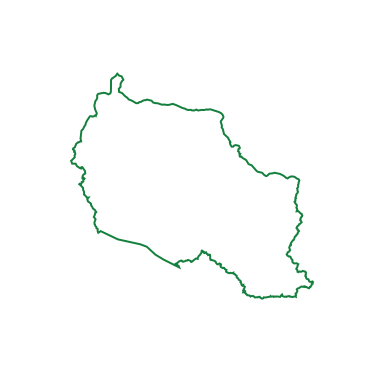 outline of Kaleum, Xékong, Laos, rotated 65°
{"feature_id": "54806243B53165803906009", "entity_name": "Kaleum", "entity_type": "district", "adm_level": 2, "iso_a3": "LAO", "parent_name": "Laos", "parent_adm1": "Xékong", "projection": "albers", "projection_center": [107.195, 15.875], "detail": "fine", "context": "isolated", "style": "outline", "palette": "green", "viewbox_px": 384, "rotation_deg": 65, "n_neighbors": 0, "source": "geoboundaries", "source_scale": "gbopen_adm2", "svg_char_len": 6069}
<svg xmlns="http://www.w3.org/2000/svg" viewBox="0 0 384 384"><g transform="rotate(65 192 192)"><path d="M254.9,235.5L253.2,235.4L251.5,236.6L251.0,236.2L250.2,236.8L250.0,234.8L249.5,233.3L249.5,230.9L249.9,230.3L250.5,230.4L251.4,229.6L251.3,229.3L251.8,227.6L251.6,226.4L252.1,225.5L251.9,224.3L254.0,222.3L255.1,222.3L255.2,221.7L254.3,218.5L254.0,216.4L255.0,215.1L254.1,214.6L252.8,212.9L252.6,211.9L251.0,209.1L250.5,208.6L249.5,208.3L249.3,207.8L250.9,206.7L251.4,207.1L252.3,206.8L252.7,206.4L252.4,205.8L252.7,205.4L252.6,204.8L254.3,204.7L255.2,203.9L256.0,204.1L256.4,202.3L256.6,202.2L258.5,202.9L259.4,203.5L260.1,203.5L261.1,203.9L261.9,203.4L262.0,202.8L264.0,200.6L265.4,200.0L266.0,200.2L268.1,199.7L268.6,198.8L268.4,197.2L269.9,196.3L270.3,196.4L270.7,197.4L272.2,197.6L273.9,196.3L274.1,195.3L274.4,194.9L275.9,194.8L277.1,193.7L278.6,194.8L280.6,193.4L281.4,192.4L281.5,191.3L282.6,190.0L282.6,188.7L283.2,189.0L283.7,188.8L284.2,188.0L285.1,187.9L286.7,186.9L288.3,187.6L289.8,186.7L291.2,186.8L292.9,185.6L293.9,185.7L294.2,186.2L295.1,185.9L296.3,186.2L296.7,185.9L297.4,186.3L298.1,186.0L297.9,185.7L298.2,185.3L298.1,184.8L298.6,185.0L300.3,184.2L301.0,184.9L301.4,185.5L302.2,186.2L302.8,186.2L302.5,186.6L303.1,186.9L303.1,187.3L303.9,187.3L304.6,188.0L304.9,187.2L305.7,186.7L305.4,186.1L306.1,186.3L307.5,186.1L307.8,185.7L308.9,185.6L309.9,183.8L311.4,183.2L311.2,182.6L312.3,180.3L314.2,179.5L314.9,177.3L315.3,176.9L315.2,175.9L315.6,174.9L316.7,174.8L318.3,173.5L318.4,172.5L317.8,171.5L318.7,170.0L319.8,165.3L319.6,164.9L320.2,164.8L320.5,163.4L320.9,162.7L321.7,162.2L321.5,161.5L322.0,160.7L322.0,160.3L322.4,159.9L322.8,158.7L324.3,156.5L323.2,154.6L323.0,153.7L324.7,153.9L326.1,152.4L326.4,151.2L326.9,150.9L327.0,148.8L327.8,148.0L327.7,147.5L328.5,147.1L329.0,146.1L329.6,145.5L330.0,143.0L330.8,142.2L330.1,142.1L329.3,141.2L328.0,141.2L327.7,141.0L327.6,139.9L326.7,138.7L326.3,138.4L324.5,138.2L324.1,137.2L324.3,136.2L323.9,132.8L325.0,131.3L324.8,130.2L325.1,129.7L325.9,129.8L326.4,128.5L328.4,127.1L328.7,126.5L328.2,125.9L328.2,125.4L327.9,125.2L328.1,124.8L327.7,124.5L327.3,123.3L326.0,122.4L326.1,121.5L325.5,121.5L325.0,121.0L324.9,120.5L324.4,120.4L324.0,120.6L323.8,122.1L323.0,123.3L322.0,123.6L320.4,123.3L319.2,124.7L317.7,124.9L316.9,124.4L316.1,124.8L315.1,124.2L315.1,123.8L313.2,122.8L312.8,123.1L312.1,122.9L310.3,125.0L310.5,126.0L310.3,127.1L309.5,128.0L309.4,129.2L309.6,129.4L308.9,130.1L307.1,129.5L305.7,130.0L304.4,128.1L303.6,127.7L302.3,126.2L301.0,127.1L299.8,129.7L298.5,130.4L297.5,130.5L296.2,129.7L294.0,130.3L292.4,130.1L291.6,130.7L291.4,131.5L289.9,132.4L288.5,132.5L288.4,131.9L287.1,130.8L287.0,128.8L286.0,128.0L286.0,127.6L283.5,127.4L282.3,126.2L281.8,125.4L282.1,125.0L281.9,124.7L281.6,124.5L281.1,124.8L280.0,123.7L278.4,120.9L278.4,119.9L275.9,117.6L275.8,116.5L274.8,115.2L274.9,114.6L274.4,113.8L273.3,113.1L272.6,111.5L271.3,111.9L270.8,112.4L269.7,112.0L268.8,112.5L267.6,111.1L267.3,109.4L266.5,108.7L266.6,108.0L265.8,105.5L264.2,105.5L263.6,105.9L263.2,105.9L262.3,104.8L261.7,104.8L260.9,103.6L260.7,102.7L259.8,101.9L259.1,102.2L258.2,101.9L257.9,102.3L254.1,103.9L253.7,105.3L252.4,104.1L251.5,103.8L250.4,104.1L250.0,103.5L248.2,102.5L245.6,103.2L244.5,102.6L244.1,103.0L243.5,101.9L242.1,101.4L241.7,100.4L240.8,100.6L238.9,98.8L238.3,98.6L237.2,96.4L236.5,95.8L235.4,95.9L234.0,95.2L233.3,95.3L232.1,93.5L230.4,92.9L229.6,91.9L228.6,91.5L227.6,90.4L226.8,89.8L225.3,90.1L224.4,91.1L221.5,92.7L220.2,94.7L219.7,95.8L219.8,98.4L220.1,99.6L219.1,100.6L216.0,102.1L212.8,104.6L209.4,109.1L209.3,110.5L208.1,114.2L209.0,116.8L209.0,117.8L208.6,118.4L206.6,119.6L204.6,120.1L203.8,120.8L201.3,124.0L199.8,124.7L193.1,126.6L191.0,128.6L190.1,129.0L186.2,129.4L185.1,129.9L182.5,131.8L180.7,132.3L180.5,132.5L180.5,133.4L180.0,133.7L178.5,133.2L177.9,132.3L177.4,132.9L175.9,132.4L174.4,133.0L173.8,132.3L172.9,131.9L172.4,130.1L170.4,129.9L169.7,130.3L168.0,132.5L167.7,134.0L168.3,135.6L167.7,136.9L165.5,137.2L163.2,136.8L163.0,136.1L159.1,136.5L158.3,136.3L153.0,138.5L148.1,137.5L145.9,137.8L144.5,136.8L140.6,136.3L139.9,135.7L138.1,132.5L137.2,131.7L135.0,131.6L132.9,132.3L130.9,133.8L124.8,140.4L124.0,143.1L123.4,143.6L122.9,146.2L121.7,148.6L120.7,152.0L119.1,153.3L119.1,155.2L118.4,156.9L117.8,157.8L117.0,158.3L116.2,160.5L115.3,161.8L113.2,163.4L111.9,165.1L106.8,169.4L104.0,172.2L103.1,176.8L100.6,181.0L100.3,182.2L97.0,185.7L95.7,188.1L94.3,189.5L92.2,190.0L89.3,193.6L89.1,194.2L89.3,194.9L88.7,196.3L88.5,197.6L88.7,200.0L88.3,202.0L88.7,203.2L87.9,205.1L83.8,207.9L81.4,210.2L79.1,210.9L77.0,212.1L72.7,213.6L70.5,215.8L67.5,214.7L66.6,212.4L63.6,210.9L62.0,208.8L61.3,206.8L57.5,206.9L55.8,208.8L53.2,209.7L54.6,212.1L55.4,216.7L56.2,218.0L65.2,222.3L66.9,223.2L68.1,224.3L68.2,226.5L65.8,228.5L64.7,230.3L63.4,235.7L64.3,237.1L66.6,238.1L67.9,239.4L68.7,241.1L72.4,244.0L76.2,244.9L80.5,245.0L82.1,246.7L81.7,246.7L81.6,247.3L81.9,249.1L81.8,250.0L80.5,251.6L80.3,252.3L80.4,252.8L82.9,256.9L84.5,258.9L86.3,260.4L87.2,262.1L88.9,264.1L89.7,266.3L96.4,270.4L99.3,271.1L99.0,272.3L99.1,273.8L98.8,274.2L99.4,276.6L102.0,279.3L102.3,281.3L103.1,281.9L104.7,281.0L105.4,281.1L105.4,281.7L105.7,281.9L107.2,281.4L108.5,281.9L109.2,283.0L111.0,283.6L112.7,288.4L115.7,288.6L117.1,285.5L119.8,285.4L123.0,283.5L123.8,282.6L122.8,281.8L123.1,280.9L127.9,280.1L130.1,281.0L130.4,283.2L132.1,285.0L133.1,285.4L133.3,284.3L134.4,283.7L134.8,284.3L135.0,285.4L136.5,286.0L136.7,286.5L136.4,287.8L137.4,288.4L137.9,289.1L137.0,290.4L137.3,290.9L138.8,290.1L142.3,289.0L143.8,289.7L146.4,289.8L148.7,290.9L150.5,290.1L152.9,289.5L153.3,288.2L154.2,289.9L156.5,290.3L159.7,288.5L161.8,289.1L163.0,288.7L164.9,288.8L167.8,287.4L168.9,287.7L169.7,287.2L169.9,287.3L170.1,288.6L171.9,290.0L173.1,291.5L175.9,290.9L178.1,293.1L179.8,293.9L180.6,293.7L181.8,294.0L183.4,293.5L184.5,293.9L185.4,293.1L187.9,294.1L189.3,294.2L188.9,291.3L203.6,279.2L217.5,261.0L222.5,256.1L233.2,251.7L241.4,246.2L254.9,235.5Z" fill="none" stroke="#15803d" stroke-width="2"/></g></svg>